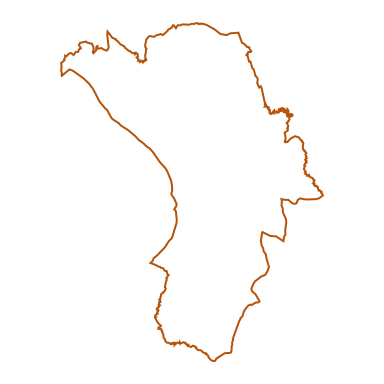 Kaset Sombun, Chaiyaphum, Thailand
{"feature_id": "78962969B30311975782623", "entity_name": "Kaset Sombun", "entity_type": "district", "adm_level": 2, "iso_a3": "THA", "parent_name": "Thailand", "parent_adm1": "Chaiyaphum", "projection": "robinson", "projection_center": [101.917, 16.261], "detail": "fine", "context": "isolated", "style": "outline", "palette": "amber", "viewbox_px": 384, "rotation_deg": 0, "n_neighbors": 0, "source": "geoboundaries", "source_scale": "gbopen_adm2", "svg_char_len": 5930}
<svg xmlns="http://www.w3.org/2000/svg" viewBox="0 0 384 384"><path d="M244.5,44.2L241.9,42.6L238.4,32.7L230.4,33.3L226.7,35.1L220.4,34.0L214.5,29.3L206.3,24.8L202.2,23.6L201.3,24.1L200.2,23.5L198.6,24.2L197.2,23.0L193.6,24.0L192.2,23.7L189.3,24.7L182.4,24.4L180.1,25.4L177.8,25.2L175.9,28.2L173.8,25.4L172.9,25.3L171.9,27.6L168.3,29.5L167.3,31.2L162.8,35.1L160.7,34.0L158.9,34.8L157.3,34.8L154.1,36.8L149.5,36.0L148.0,37.4L146.3,39.7L145.2,44.8L145.2,46.7L146.5,48.9L145.9,49.6L146.0,51.8L145.2,55.0L145.4,58.0L146.3,60.0L144.8,61.0L144.5,60.2L142.9,62.4L142.5,61.1L140.9,61.6L140.7,60.9L139.7,62.0L138.6,60.4L138.2,60.5L138.6,59.4L136.6,57.4L137.9,56.7L137.5,53.8L136.4,53.3L135.3,54.1L135.4,52.7L133.5,53.4L131.7,52.7L129.9,51.1L128.7,50.9L124.7,47.4L124.3,46.3L120.5,44.4L117.5,41.0L116.0,40.1L116.0,39.4L112.4,37.8L107.6,31.6L107.2,34.9L108.7,47.6L107.1,50.4L106.4,50.6L103.2,49.3L101.6,48.1L97.7,48.7L97.3,47.6L97.7,46.2L97.3,45.9L96.5,46.7L96.1,50.4L93.5,53.2L92.8,52.5L93.8,48.3L92.1,43.8L87.7,42.8L85.8,41.6L80.0,42.9L78.9,45.2L80.9,48.2L78.9,49.5L78.2,51.8L75.8,51.9L73.6,55.1L71.1,53.1L69.1,53.5L66.8,56.0L65.1,55.6L65.3,57.6L64.1,59.2L64.4,60.4L61.2,62.9L61.6,67.8L61.1,70.3L62.0,73.4L61.5,74.8L61.8,75.8L69.5,69.4L73.0,70.8L83.7,78.5L89.2,83.8L93.0,88.9L99.5,101.5L105.4,108.7L107.0,109.8L111.0,117.2L112.6,119.2L118.5,123.0L121.0,125.6L128.1,130.1L134.8,135.7L138.6,139.8L143.4,143.3L147.4,147.1L149.1,147.9L152.7,151.8L159.8,162.0L165.8,168.7L167.4,171.7L171.2,180.9L172.0,185.8L172.2,191.0L171.3,193.6L171.6,194.8L174.2,198.6L176.6,204.0L176.3,206.1L174.2,209.5L175.9,211.2L176.8,220.1L176.4,223.5L171.9,238.2L168.8,241.1L165.1,247.1L156.8,255.7L153.7,258.1L152.5,261.1L150.5,263.0L156.0,265.1L158.3,266.6L160.0,266.8L160.9,267.8L163.2,268.3L164.6,270.7L166.6,271.0L167.5,274.4L168.6,275.0L166.3,278.2L166.7,278.8L166.6,280.6L166.0,281.4L164.9,287.3L165.8,288.4L164.8,290.8L163.3,292.1L163.4,292.7L161.3,293.9L160.4,298.2L159.4,299.5L160.1,299.9L160.3,301.0L159.8,301.2L160.2,301.9L159.3,302.0L159.1,303.6L159.5,304.4L158.9,304.1L158.6,304.6L159.0,306.5L158.5,306.6L158.3,307.8L157.4,307.9L156.8,309.4L158.5,310.4L158.0,311.4L157.5,311.0L157.6,312.4L156.9,313.3L157.5,313.9L155.2,315.4L155.0,316.6L155.4,316.8L155.0,316.9L155.0,317.6L157.9,322.9L161.0,325.9L159.7,327.2L158.5,327.5L158.4,329.0L159.4,328.7L161.4,329.3L161.6,330.9L162.3,331.3L162.1,331.9L163.3,334.5L163.6,337.9L164.8,339.0L165.3,341.0L167.0,342.7L168.9,342.8L170.9,344.3L171.4,343.4L172.6,343.8L172.5,343.0L173.3,342.7L175.2,343.5L174.7,343.8L175.2,344.0L175.0,344.6L175.7,344.0L175.7,343.2L176.4,343.7L176.2,343.4L177.7,342.5L179.6,343.4L179.7,342.8L180.0,343.6L180.4,342.9L180.7,343.3L183.7,342.2L185.2,343.4L185.6,343.0L186.5,344.7L187.6,344.6L187.8,345.7L188.5,345.2L188.6,346.0L189.6,346.6L191.4,346.9L192.6,345.7L194.5,346.1L195.4,347.4L196.2,347.3L196.3,348.5L198.1,350.1L200.2,350.1L202.0,351.1L203.1,352.5L205.5,353.2L205.7,353.9L206.5,353.7L206.7,354.5L208.3,355.8L208.5,357.4L211.1,360.1L212.9,361.0L215.1,360.9L216.5,358.5L224.8,353.2L229.9,352.9L231.0,352.3L231.6,350.1L231.7,346.0L232.3,344.6L232.1,342.3L233.1,340.2L233.1,338.0L239.4,320.6L240.3,319.5L240.4,318.3L242.6,316.0L243.7,311.8L245.8,308.4L248.4,305.5L250.5,304.6L251.7,305.0L255.4,302.7L258.8,302.2L259.5,301.2L255.6,294.3L252.3,291.6L251.3,288.6L253.7,283.2L255.2,281.2L260.9,276.7L265.3,274.8L267.5,271.1L269.0,266.9L266.5,258.7L265.9,254.4L263.7,251.4L263.2,248.4L261.6,245.4L260.9,240.8L262.1,232.7L262.4,232.1L270.4,236.0L276.2,236.4L283.4,241.2L284.2,236.4L285.4,234.8L285.2,230.6L286.3,222.3L285.9,218.9L282.9,212.3L282.7,208.3L281.5,205.3L281.9,201.3L281.4,199.1L285.4,199.9L288.2,199.8L291.6,202.7L293.1,203.6L294.9,203.8L296.4,203.3L297.9,199.8L300.1,198.4L305.7,199.5L315.2,199.2L318.7,198.5L322.9,195.5L321.9,193.3L321.2,192.9L321.5,191.7L320.7,191.6L319.9,190.5L318.9,190.5L319.1,189.9L318.5,189.8L317.9,188.6L317.9,187.1L317.1,186.7L316.7,185.9L315.3,186.2L314.4,185.5L314.7,184.3L313.8,184.1L314.0,183.5L313.4,183.2L314.0,182.9L313.7,181.6L314.5,180.6L313.7,179.4L313.1,179.4L312.5,178.0L310.0,177.1L309.4,175.7L308.8,175.9L308.8,174.9L306.9,175.7L306.1,173.7L305.5,173.8L305.7,172.9L304.9,172.5L305.6,171.3L303.9,169.2L304.6,166.7L304.3,165.4L304.8,165.4L304.5,165.0L305.5,163.0L306.0,162.8L305.7,161.4L306.2,161.6L305.8,160.8L306.3,160.4L305.3,159.6L306.7,158.2L305.9,157.3L306.4,156.6L305.4,154.7L306.3,153.1L305.7,152.1L304.6,151.6L304.6,150.3L303.5,150.2L302.9,148.6L302.9,145.3L303.4,143.5L302.6,141.8L302.0,141.8L301.7,140.3L300.5,139.9L299.0,137.5L295.1,136.2L290.8,138.4L287.4,142.0L286.1,141.7L285.7,142.3L284.7,141.9L285.7,138.3L284.7,132.6L287.8,130.5L287.9,128.9L287.2,128.3L288.3,126.3L286.8,122.7L287.6,122.6L288.1,121.3L289.0,120.5L289.5,119.3L289.2,118.0L290.3,116.0L291.9,116.1L292.6,115.3L292.5,114.7L291.5,114.1L290.8,114.8L290.1,114.1L289.1,114.7L289.5,115.9L288.4,115.5L287.8,116.4L287.2,116.3L286.8,114.4L287.9,114.3L288.2,113.2L287.3,113.1L287.0,112.4L288.4,112.0L288.4,110.5L287.6,109.5L287.7,111.3L286.4,112.4L286.0,112.4L286.3,111.0L285.9,110.5L284.6,112.3L283.8,112.1L284.2,109.9L282.7,110.4L282.5,109.4L283.7,108.7L282.3,108.0L281.7,108.5L281.9,110.6L281.5,111.1L281.0,111.0L281.0,108.6L280.5,108.6L280.4,109.8L278.8,109.3L278.7,110.0L279.3,110.5L279.1,112.0L278.3,112.7L277.6,112.7L276.8,111.5L276.0,112.4L274.8,111.5L274.4,110.2L272.7,112.1L273.7,113.3L271.9,113.1L271.3,113.9L270.5,114.0L269.5,112.5L270.0,111.1L269.8,109.8L269.5,109.5L269.5,110.3L269.0,110.3L268.9,109.3L268.2,108.8L268.7,107.4L268.0,106.9L267.4,107.4L267.2,106.8L265.8,106.7L266.6,106.3L265.6,105.9L266.1,105.1L265.7,104.1L264.8,105.6L264.9,103.3L261.7,88.5L260.8,86.3L259.2,87.5L257.2,82.9L257.8,79.4L257.0,77.3L255.6,76.2L253.8,69.7L252.2,67.9L250.5,61.6L249.1,61.7L247.7,56.0L246.4,55.2L246.7,54.2L247.7,54.3L248.1,52.1L250.5,52.0L250.5,51.2L251.1,51.1L249.3,48.4L249.3,47.3L247.0,46.9L244.5,44.2Z" fill="none" stroke="#b45309" stroke-width="2"/></svg>